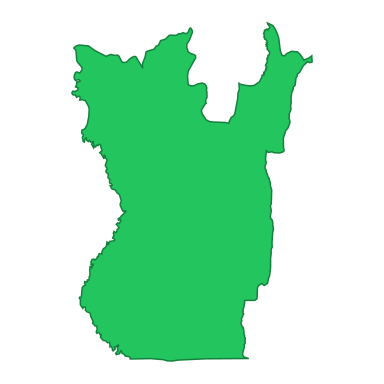 outline of Madimba, Bas-Congo, Democratic Republic of the Congo
{"feature_id": "63176286B8336769847246", "entity_name": "Madimba", "entity_type": "district", "adm_level": 2, "iso_a3": "COD", "parent_name": "Democratic Republic of the Congo", "parent_adm1": "Bas-Congo", "projection": "equal_earth", "projection_center": [15.601, -5.373], "detail": "fine", "context": "isolated", "style": "filled", "palette": "green", "viewbox_px": 384, "rotation_deg": 0, "n_neighbors": 0, "source": "geoboundaries", "source_scale": "gbopen_adm2", "svg_char_len": 5808}
<svg xmlns="http://www.w3.org/2000/svg" viewBox="0 0 384 384"><path d="M82.0,130.0L81.6,132.2L82.0,133.6L83.1,134.2L83.4,135.2L82.3,137.5L83.3,141.5L84.4,142.1L84.9,139.0L86.1,138.0L86.8,140.5L88.5,141.6L89.5,140.4L90.5,142.1L93.3,141.6L93.3,143.4L92.0,143.4L91.6,144.1L93.5,147.7L94.1,145.5L94.9,147.1L95.8,146.6L96.7,145.1L98.1,145.6L99.3,144.2L100.6,144.9L100.9,147.6L101.9,149.6L101.6,150.9L99.7,152.8L101.2,153.7L104.0,158.9L104.0,155.8L104.5,155.3L105.2,155.9L105.6,158.0L107.2,159.9L105.3,165.1L105.5,166.1L107.0,168.1L107.0,169.3L106.1,170.4L105.9,171.6L106.4,172.7L107.9,173.5L108.3,175.7L107.9,177.1L108.6,178.6L109.9,179.3L109.5,181.8L110.0,183.4L111.1,183.5L112.2,184.8L111.9,185.7L110.2,185.7L111.8,188.9L115.2,189.9L117.4,193.3L119.3,194.3L121.3,200.8L120.1,204.3L120.4,205.8L122.8,211.1L123.7,211.6L124.9,210.7L125.5,210.9L125.8,211.8L121.2,216.1L120.6,217.3L118.4,218.6L118.2,219.7L118.5,220.3L120.6,219.7L120.9,220.7L119.3,223.4L117.7,222.9L116.3,224.2L119.0,227.5L117.2,229.5L116.4,232.4L115.7,232.6L114.0,231.4L113.3,233.3L114.0,235.2L112.6,238.0L114.6,239.3L114.8,240.1L114.3,240.7L109.6,241.5L108.7,244.2L108.1,244.4L108.0,242.6L107.0,242.0L106.3,246.2L105.1,247.7L103.4,248.6L102.0,251.5L101.7,254.3L99.3,253.6L98.5,255.2L98.6,256.5L97.5,256.6L96.6,258.5L95.1,260.1L94.1,259.1L92.0,259.5L90.9,262.2L91.2,263.1L90.9,264.7L91.9,265.0L92.9,264.0L93.3,265.0L92.4,266.0L91.7,267.8L90.9,266.6L90.1,266.5L89.7,270.2L90.1,275.2L89.3,276.5L88.9,280.0L87.5,279.9L86.9,282.0L84.7,281.6L84.5,283.2L85.5,284.9L83.2,286.3L82.2,287.7L81.4,296.4L80.8,297.4L79.7,297.2L79.3,298.2L80.7,300.0L80.3,301.1L80.4,304.9L82.8,308.4L83.6,307.0L85.4,307.1L85.4,310.1L86.9,311.8L89.5,312.7L90.3,313.6L90.8,316.7L93.2,321.6L92.5,322.9L93.0,323.8L93.8,324.1L94.6,325.7L96.7,326.1L97.2,329.2L96.2,331.9L96.9,333.3L98.1,332.5L99.1,332.7L100.0,334.6L101.1,334.7L101.4,335.7L100.7,336.1L100.5,337.4L103.2,340.4L105.4,340.7L107.7,342.8L109.4,342.4L109.9,344.1L109.9,346.9L111.1,346.5L112.2,348.3L112.6,350.6L113.2,350.9L115.3,349.0L114.5,346.8L116.3,346.8L117.5,345.2L118.4,345.0L118.6,346.1L117.8,346.6L117.5,347.8L117.7,350.8L115.7,353.3L116.3,354.6L119.7,353.6L120.5,351.1L121.4,350.8L122.1,353.5L123.8,353.9L124.8,355.6L125.9,356.2L129.0,356.6L129.9,357.2L130.2,359.0L150.8,358.6L163.5,359.7L167.4,360.9L172.7,361.0L177.8,360.1L205.6,358.8L248.7,358.5L244.0,357.0L242.7,354.9L242.6,353.5L244.1,347.9L244.3,344.9L245.1,343.3L245.2,337.6L244.4,336.8L244.6,335.6L243.9,334.1L244.0,331.9L243.2,327.4L242.0,326.3L241.0,323.4L241.1,322.0L241.8,320.9L241.4,319.0L243.7,313.8L242.6,312.1L243.2,311.3L243.1,308.6L243.8,307.6L244.6,302.9L244.6,300.4L254.7,300.4L257.0,298.8L257.5,287.7L258.5,285.5L262.1,283.5L263.6,285.2L264.6,285.4L267.6,283.1L268.6,278.0L269.5,276.3L270.6,267.5L270.6,258.2L271.3,252.5L271.0,251.1L271.6,248.2L272.2,247.4L272.0,242.9L272.7,232.0L273.5,229.5L272.7,224.4L272.8,222.2L271.9,219.6L270.5,218.1L270.3,216.5L271.3,210.6L270.4,205.9L271.3,203.7L271.7,189.9L270.4,185.8L270.4,182.8L269.6,181.2L269.2,178.5L268.0,177.0L267.3,174.1L266.1,172.0L266.3,170.5L265.0,168.0L264.9,166.7L266.1,163.3L266.2,161.7L265.6,160.9L265.6,158.2L266.4,150.8L268.1,152.4L272.1,151.8L273.8,152.7L279.8,153.0L283.4,151.7L284.1,150.6L283.5,147.2L283.4,137.9L285.8,130.6L287.9,128.1L289.9,122.9L289.9,121.4L289.1,118.2L289.3,113.6L291.0,109.2L290.6,105.5L291.2,103.0L291.0,98.3L291.7,92.5L293.0,90.2L293.3,87.0L295.1,85.3L296.0,78.0L297.1,76.1L297.4,74.1L299.7,72.3L303.1,66.0L307.4,61.7L309.9,62.7L312.1,62.0L311.8,55.8L309.1,57.9L303.9,60.1L300.4,54.6L297.5,51.9L291.5,51.3L286.5,53.7L284.7,55.9L282.0,55.3L280.3,50.9L278.8,38.6L277.5,34.2L275.0,28.7L272.8,25.5L267.5,23.0L267.9,24.4L269.2,25.8L269.7,27.6L268.3,29.3L267.6,29.2L267.6,29.7L266.9,29.0L265.7,30.1L265.2,29.8L265.0,30.6L264.3,30.8L264.5,31.8L263.8,33.0L264.1,33.0L263.8,33.8L264.3,35.1L264.0,36.4L264.5,37.1L264.1,37.3L264.7,39.0L266.6,40.3L267.4,42.7L266.9,42.9L267.0,44.6L266.6,44.1L266.7,44.7L266.3,44.7L266.7,45.2L266.2,46.0L266.9,46.2L267.4,48.6L267.1,49.0L269.6,52.2L269.4,53.9L268.8,55.3L268.0,55.3L267.9,57.0L267.0,58.3L267.6,58.7L266.9,60.0L267.4,60.8L267.3,62.3L266.6,62.8L266.7,63.5L266.2,63.8L265.5,65.5L266.6,66.8L266.3,66.9L266.5,68.4L265.9,68.4L266.1,69.6L265.7,69.5L264.7,72.0L263.9,72.1L263.7,73.2L263.9,73.7L264.3,73.3L264.3,74.1L263.7,74.1L263.6,75.0L262.1,75.1L261.8,77.2L259.4,81.8L254.3,85.4L250.0,85.9L245.4,85.3L240.7,84.4L239.0,83.3L239.3,89.5L238.1,92.4L237.6,98.8L234.9,113.4L233.9,115.6L231.3,117.4L229.3,121.2L228.8,123.3L225.4,122.5L212.4,122.0L209.1,121.4L206.0,119.7L202.4,114.1L201.4,111.4L201.9,109.2L205.1,104.1L206.2,103.3L205.7,101.9L205.8,99.2L207.0,97.5L206.9,91.8L206.4,89.8L206.8,88.1L206.2,86.0L204.8,84.1L202.3,83.0L198.2,83.8L193.9,85.7L190.8,85.9L188.2,84.6L187.5,75.8L188.3,70.9L195.7,57.9L195.5,55.7L193.4,54.3L190.9,53.7L188.2,51.7L186.9,48.1L186.8,44.2L189.4,40.1L192.3,32.6L192.4,31.0L191.0,28.3L190.2,28.0L189.6,28.6L188.3,31.8L186.9,33.4L185.3,33.6L183.2,32.6L180.8,33.8L178.8,33.7L176.3,35.3L169.4,35.2L165.4,39.2L160.6,40.6L158.9,44.4L157.9,45.5L156.2,46.1L154.2,49.1L146.8,51.4L146.0,52.1L145.2,56.7L142.6,63.3L142.4,65.5L142.9,68.4L135.8,56.7L134.1,56.4L132.3,57.2L129.8,58.8L126.8,61.9L124.8,62.6L122.2,62.2L118.8,56.0L117.5,55.1L114.6,55.4L110.8,54.4L106.1,56.3L95.3,50.8L88.4,45.9L79.1,45.0L75.7,46.2L73.8,48.0L75.9,50.2L76.8,60.7L77.4,62.0L81.7,67.2L82.1,68.8L81.8,70.1L79.7,73.0L76.9,71.9L75.5,72.6L74.5,74.6L74.1,77.3L74.4,79.0L75.4,80.4L79.0,79.6L80.2,81.1L78.3,82.0L76.8,81.8L76.7,84.3L75.5,86.9L77.9,87.9L78.1,89.2L77.6,90.1L74.9,91.6L73.0,91.1L71.9,92.8L72.2,94.0L73.3,95.0L75.4,94.9L76.5,97.3L78.5,96.3L79.6,96.3L80.3,98.0L79.7,100.1L82.6,99.7L85.5,100.9L88.5,106.3L89.2,108.9L88.8,116.5L87.2,124.6L85.3,128.1L83.7,129.6L82.0,130.0Z" fill="#22c55e" stroke="#15803d" stroke-width="1.5"/></svg>